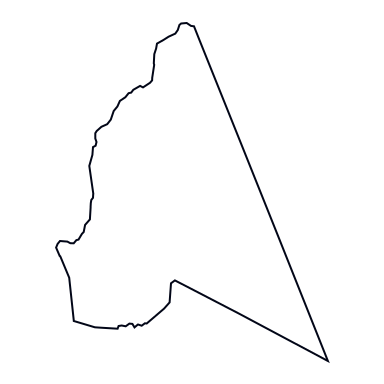 Rusape, Manicaland, Zimbabwe (Equal Earth projection)
{"feature_id": "62879985B51591282802552", "entity_name": "Rusape", "entity_type": "district", "adm_level": 2, "iso_a3": "ZWE", "parent_name": "Zimbabwe", "parent_adm1": "Manicaland", "projection": "equal_earth", "projection_center": [32.12, -18.535], "detail": "fine", "context": "isolated", "style": "outline", "palette": "ink", "viewbox_px": 384, "rotation_deg": 0, "n_neighbors": 0, "source": "geoboundaries", "source_scale": "gbopen_adm2", "svg_char_len": 1180}
<svg xmlns="http://www.w3.org/2000/svg" viewBox="0 0 384 384"><path d="M150.0,82.8L143.0,87.4L140.1,85.9L133.3,89.8L131.2,92.6L128.6,93.2L125.4,97.2L119.9,100.9L117.4,106.5L113.7,111.0L110.8,119.6L107.2,124.2L101.4,126.8L96.7,131.0L95.3,133.2L95.3,138.5L96.5,142.0L95.6,145.7L93.0,147.1L92.4,154.9L89.3,165.9L90.2,172.2L93.3,193.8L93.2,194.0L93.2,194.3L93.0,197.8L91.3,200.0L90.8,203.1L90.6,206.7L90.6,207.7L89.9,219.4L87.2,222.5L85.1,224.9L83.7,232.0L81.9,233.9L78.5,239.6L76.4,240.1L73.7,243.3L70.3,243.2L67.4,241.6L60.0,241.0L57.6,243.9L56.1,247.6L59.7,256.0L60.2,256.2L60.7,257.3L69.2,277.7L73.7,319.8L73.8,321.0L94.9,327.3L100.9,327.7L117.6,328.7L118.6,326.0L121.7,325.5L125.7,326.3L129.4,323.6L132.4,323.9L134.5,327.4L137.9,324.5L138.0,324.5L141.7,325.7L144.9,323.3L146.7,323.5L164.1,308.6L164.8,307.8L169.6,302.4L171.0,283.3L174.9,280.4L179.7,282.9L180.9,283.5L238.4,313.3L327.9,361.0L279.5,239.6L242.1,146.2L199.4,39.9L194.0,26.3L191.0,25.9L186.7,23.0L181.1,23.5L179.4,25.0L177.8,30.0L175.3,33.6L168.6,36.7L163.4,40.0L157.0,43.6L156.1,48.6L154.3,54.1L153.8,63.4L154.2,64.8L152.2,77.9L152.2,78.5L152.1,80.4L150.0,82.8Z" fill="none" stroke="#020617" stroke-width="2"/></svg>